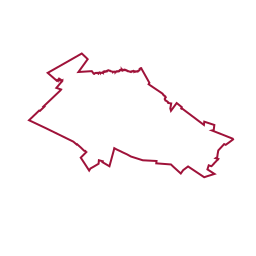 the district of San Carlos, Tamaulipas, Mexico, rotated 124°
{"feature_id": "50627088B50808135515574", "entity_name": "San Carlos", "entity_type": "district", "adm_level": 2, "iso_a3": "MEX", "parent_name": "Mexico", "parent_adm1": "Tamaulipas", "projection": "equal_earth", "projection_center": [-99.087, 24.498], "detail": "fine", "context": "isolated", "style": "outline", "palette": "rose", "viewbox_px": 256, "rotation_deg": 124, "n_neighbors": 0, "source": "geoboundaries", "source_scale": "gbopen_adm2", "svg_char_len": 4522}
<svg xmlns="http://www.w3.org/2000/svg" viewBox="0 0 256 256"><g transform="rotate(124 128 128)"><path d="M77.2,58.1L80.1,68.3L83.0,66.8L81.6,94.3L82.1,94.4L82.1,94.7L81.9,94.7L81.7,94.7L81.3,94.5L81.2,94.6L80.9,95.3L80.6,95.3L80.1,101.6L89.7,102.0L88.1,103.9L87.8,104.0L83.5,105.9L84.8,108.7L84.6,109.1L84.2,109.2L84.1,109.7L84.2,110.0L84.0,111.0L84.3,112.2L84.0,112.5L84.0,112.8L83.9,113.0L83.8,113.4L83.3,113.6L83.2,113.8L82.9,114.0L82.6,113.9L82.3,114.0L81.6,113.8L81.4,114.2L81.0,114.5L81.0,115.1L80.8,115.7L81.0,116.2L81.0,116.5L80.7,117.0L80.7,117.8L80.2,118.4L80.2,135.4L78.6,135.5L71.1,150.4L71.0,150.5L71.4,151.0L71.8,150.9L71.9,151.0L72.1,151.0L72.3,151.1L72.4,151.3L72.6,151.4L72.8,151.3L72.8,151.1L73.2,150.9L73.8,150.8L73.9,151.0L75.2,151.4L75.3,151.4L75.3,151.7L75.9,151.8L75.9,152.1L76.1,152.3L76.2,152.5L76.3,152.7L76.5,152.6L76.7,152.8L76.7,153.1L76.9,153.2L77.0,153.5L77.4,153.5L77.5,153.6L77.3,153.9L77.4,154.2L77.4,154.4L77.4,154.5L77.7,154.7L77.8,154.7L77.6,155.0L77.9,155.4L77.8,155.6L78.0,155.7L78.4,155.9L78.4,156.1L78.6,156.3L78.8,156.5L79.1,156.4L79.2,156.5L79.3,156.8L79.6,156.7L79.9,156.8L79.9,157.1L80.1,157.4L80.3,158.0L80.4,158.5L80.5,158.7L80.5,158.9L80.6,159.4L80.7,159.5L80.8,159.4L80.9,159.6L81.0,159.8L81.1,160.0L81.2,160.3L81.1,160.5L81.0,160.9L80.9,160.9L80.9,161.0L81.1,161.5L81.3,161.7L81.3,161.8L81.1,162.3L81.4,163.0L81.4,163.3L81.5,163.5L81.8,163.6L82.0,163.8L82.3,163.9L82.4,164.3L82.5,164.0L82.7,164.3L83.1,164.4L83.2,164.7L83.4,164.7L83.4,164.8L83.3,165.0L83.6,165.1L83.6,165.4L83.4,165.6L83.3,165.8L83.6,165.6L83.7,165.8L83.9,165.9L83.9,166.0L83.8,166.3L84.0,166.3L84.1,166.7L84.2,166.8L84.2,167.0L84.3,167.1L84.5,167.1L84.5,166.8L84.9,167.0L85.1,166.9L85.4,167.0L85.5,167.2L85.8,167.1L86.0,167.5L86.3,167.7L86.5,167.9L86.9,167.9L87.0,168.2L87.0,168.9L87.2,169.0L87.7,169.2L87.8,169.4L88.4,169.4L88.4,169.7L88.5,169.8L88.9,169.8L88.7,170.0L88.9,170.2L88.8,170.6L89.0,171.0L89.3,171.3L89.5,171.5L90.1,171.7L89.9,171.9L89.9,172.2L90.0,172.3L90.1,172.5L90.2,173.0L90.4,173.6L90.6,173.9L90.6,174.2L90.6,174.6L90.6,175.0L90.8,175.1L90.8,175.3L90.9,175.7L91.0,175.8L91.0,176.0L91.2,176.4L91.2,176.5L91.3,176.5L91.5,176.9L91.8,177.0L92.0,177.1L92.6,177.1L92.6,177.3L93.0,177.3L93.4,177.6L93.6,177.8L93.3,177.9L93.2,178.0L93.5,178.2L93.6,178.3L93.7,178.5L93.8,178.5L93.8,178.4L93.9,178.8L94.0,178.8L94.1,179.0L94.5,179.0L94.6,179.3L94.8,179.2L94.9,179.4L95.0,179.3L95.2,179.2L95.4,179.3L95.5,179.4L95.8,179.4L95.9,179.5L96.1,179.5L96.0,179.8L96.2,180.0L96.3,179.9L96.3,180.2L96.5,180.2L96.6,180.3L96.7,180.2L96.8,180.5L97.0,180.8L97.2,181.0L97.4,181.4L97.5,181.4L97.4,181.5L97.5,181.7L97.8,182.3L97.8,182.7L97.9,182.8L98.1,182.9L98.3,182.7L98.4,182.8L98.6,182.8L98.6,183.1L98.8,183.2L99.2,183.2L99.5,183.1L99.5,183.6L99.4,183.6L99.3,183.9L99.4,184.1L99.4,184.3L99.5,184.5L99.9,184.7L99.9,184.8L100.2,185.3L100.6,185.5L100.8,185.7L100.8,185.9L101.1,186.0L101.5,186.4L102.0,186.3L102.2,186.7L101.1,189.8L109.3,200.4L93.5,199.9L93.1,201.8L92.1,208.0L99.8,211.8L127.2,225.4L128.6,213.8L128.4,213.8L128.5,213.4L128.4,213.4L128.3,213.5L128.1,213.4L128.1,213.2L128.3,213.2L128.0,213.2L127.9,213.1L128.0,213.0L128.0,212.9L127.9,213.0L127.7,213.0L127.5,212.8L127.3,212.9L127.1,212.7L126.8,212.8L126.7,212.8L126.9,212.6L126.7,212.6L126.7,212.4L126.7,212.2L126.5,212.4L126.4,212.2L126.3,212.4L126.4,212.6L126.1,212.5L126.2,212.2L125.9,212.2L125.8,211.8L125.6,211.9L125.6,211.7L125.5,211.2L125.6,210.9L125.8,210.8L125.8,210.6L125.8,210.4L125.8,210.2L125.8,209.9L125.7,210.0L125.6,209.9L125.7,209.6L125.6,209.4L125.5,209.2L125.3,209.1L125.5,209.0L125.4,208.9L125.2,208.8L125.0,208.7L124.9,208.7L134.8,209.8L133.5,205.0L134.4,205.0L157.4,210.1L157.2,209.3L163.1,210.6L163.2,211.4L176.9,214.4L174.0,195.4L169.9,165.8L169.9,165.5L170.4,161.3L169.9,161.2L170.6,156.0L171.4,151.7L171.3,151.3L170.9,150.8L170.9,150.4L171.3,149.7L171.3,149.1L179.0,150.6L181.5,144.6L185.0,136.4L182.6,136.5L179.2,134.8L174.1,132.4L171.0,134.1L169.7,130.3L170.6,130.1L170.1,122.0L155.0,127.1L152.4,128.1L152.1,125.1L151.4,120.7L151.2,119.0L150.4,114.1L150.0,109.6L148.0,102.8L146.5,97.7L139.4,85.9L141.5,84.8L134.2,72.0L134.8,68.5L136.2,58.8L132.1,58.7L126.3,56.7L126.2,37.3L123.6,35.3L117.7,30.6L117.9,39.0L113.8,40.2L113.1,37.6L112.1,37.2L111.0,37.1L109.8,36.9L109.6,36.8L109.4,36.9L106.8,36.4L105.8,36.3L104.0,35.8L103.2,35.8L104.0,38.4L102.3,37.7L99.5,39.1L96.1,40.6L87.6,39.3L87.3,37.6L83.3,36.1L78.7,34.5L78.3,35.2L81.0,47.5L83.1,57.0L81.8,55.8L77.2,58.1Z" fill="none" stroke="#9f1239" stroke-width="2"/></g></svg>